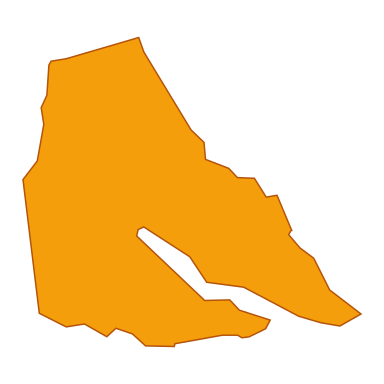 outline of Perquimans, North Carolina, United States of America
{"feature_id": "52423323B57598865741188", "entity_name": "Perquimans", "entity_type": "district", "adm_level": 2, "iso_a3": "USA", "parent_name": "United States of America", "parent_adm1": "North Carolina", "projection": "robinson", "projection_center": [-76.396, 36.227], "detail": "fine", "context": "isolated", "style": "filled", "palette": "amber", "viewbox_px": 384, "rotation_deg": 0, "n_neighbors": 0, "source": "geoboundaries", "source_scale": "gbopen_adm2", "svg_char_len": 749}
<svg xmlns="http://www.w3.org/2000/svg" viewBox="0 0 384 384"><path d="M48.9,65.1L46.9,95.2L41.2,107.7L43.8,124.4L37.3,160.9L23.0,179.6L39.3,313.3L66.2,326.9L84.5,324.0L106.8,336.7L115.9,328.3L132.4,333.9L145.6,345.9L174.2,346.5L175.0,343.7L222.4,335.2L237.6,335.2L242.0,337.8L249.2,336.8L265.7,328.7L270.2,320.1L239.4,310.2L229.7,299.9L204.7,300.5L136.7,236.0L138.1,229.6L143.7,226.9L189.8,256.8L206.7,282.3L243.7,287.2L298.8,316.3L321.1,322.8L339.9,326.0L361.0,314.0L329.7,290.0L313.7,258.2L300.0,248.0L288.6,234.6L291.1,230.5L291.7,230.4L277.0,195.3L266.2,197.1L254.4,178.3L237.4,177.6L228.8,168.4L205.5,159.4L204.0,142.4L191.1,130.0L143.9,52.1L138.7,37.5L66.3,58.7L51.1,61.2L48.9,65.1Z" fill="#f59e0b" stroke="#b45309" stroke-width="1.5"/></svg>